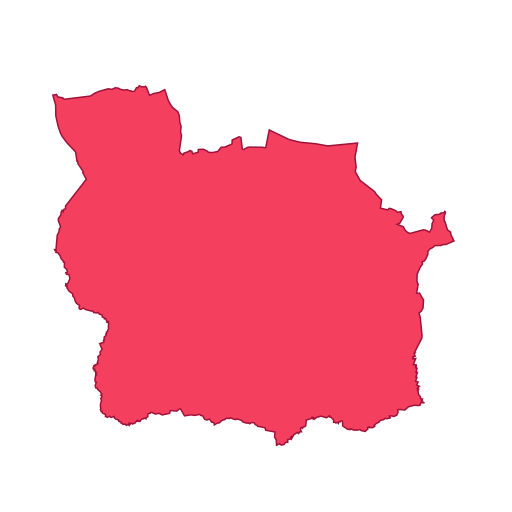 outline of Phon, Khon Kaen, Thailand, rotated 81°
{"feature_id": "78962969B25961051879193", "entity_name": "Phon", "entity_type": "district", "adm_level": 2, "iso_a3": "THA", "parent_name": "Thailand", "parent_adm1": "Khon Kaen", "projection": "robinson", "projection_center": [102.624, 15.82], "detail": "fine", "context": "isolated", "style": "filled", "palette": "rose", "viewbox_px": 512, "rotation_deg": 81, "n_neighbors": 0, "source": "geoboundaries", "source_scale": "gbopen_adm2", "svg_char_len": 6096}
<svg xmlns="http://www.w3.org/2000/svg" viewBox="0 0 512 512"><g transform="rotate(81 256 256)"><path d="M280.7,438.6L281.3,437.7L280.5,434.5L282.1,432.9L284.6,427.4L284.7,425.8L286.5,425.1L287.4,421.8L287.1,420.6L289.0,419.8L290.1,417.2L292.2,417.4L292.9,415.8L294.4,415.6L294.2,414.2L297.6,413.6L297.3,412.8L297.8,412.2L298.3,413.2L298.7,412.4L300.0,412.1L303.2,413.0L304.1,412.7L307.6,414.8L307.7,415.6L309.4,415.8L309.6,416.6L311.2,416.5L312.0,418.4L313.8,419.0L314.4,418.6L315.5,419.9L316.5,419.5L317.5,420.0L318.0,424.1L324.0,422.6L326.5,425.1L329.0,425.1L330.8,428.0L333.2,427.8L336.8,429.5L337.5,428.9L338.4,431.2L338.2,431.8L339.3,432.3L338.9,433.2L341.4,434.5L342.3,434.2L342.4,433.3L343.7,433.6L343.4,432.9L345.6,432.7L346.1,431.8L346.8,432.6L347.7,432.8L348.4,432.2L348.6,433.0L352.7,434.4L355.1,434.5L355.7,433.4L358.7,435.1L361.1,435.0L361.7,433.5L363.0,433.3L366.3,430.6L367.7,430.5L368.1,429.9L368.6,430.5L369.3,430.2L369.5,430.9L370.4,430.2L371.6,430.6L372.4,431.6L374.8,431.3L378.0,432.8L381.1,433.3L381.9,432.9L383.3,433.7L385.5,433.2L385.2,432.4L387.2,432.2L389.0,429.4L391.0,429.8L391.1,429.0L392.1,428.2L391.4,425.8L392.8,424.4L392.3,421.1L393.9,421.1L395.5,419.6L396.3,417.4L397.9,417.4L398.9,415.2L400.2,415.3L400.6,414.2L401.5,413.7L401.6,411.5L403.0,410.6L402.4,409.1L403.4,407.8L401.3,407.6L401.5,406.8L402.4,406.5L401.6,405.5L402.7,404.1L402.1,403.2L402.4,402.1L399.6,399.0L399.9,398.4L400.8,398.7L401.2,396.3L400.4,396.0L399.1,394.1L399.2,392.8L398.6,391.9L399.6,390.2L398.5,389.9L397.8,388.0L394.9,387.5L394.7,385.0L394.1,384.6L394.2,383.5L396.4,380.1L396.2,376.5L398.3,373.6L397.9,366.0L395.2,364.8L396.8,358.5L395.1,355.7L395.2,354.5L402.7,351.6L402.7,345.0L403.8,341.8L403.7,336.2L404.7,335.7L405.6,333.6L409.2,332.3L410.3,330.2L409.8,327.5L413.3,325.7L413.8,323.7L416.3,323.6L415.0,320.3L415.1,318.4L413.1,315.4L412.6,312.1L411.6,310.9L412.3,307.6L411.9,306.4L414.0,302.9L414.4,301.4L413.9,300.6L414.7,298.6L416.2,295.9L417.7,295.1L419.5,291.8L419.8,289.6L420.7,288.5L419.8,286.5L420.6,283.6L422.4,283.2L423.3,281.5L424.4,281.1L427.0,274.0L429.6,273.7L432.8,264.8L437.9,266.0L440.7,264.8L446.1,265.3L445.1,262.2L446.7,260.7L446.6,257.8L445.4,256.9L444.7,255.2L444.9,253.8L442.3,253.4L442.1,250.7L442.7,249.9L441.0,248.7L440.5,250.0L439.7,249.1L439.7,247.4L438.6,246.8L436.7,242.7L438.0,241.7L436.6,240.4L436.7,238.6L434.6,239.2L433.1,238.9L432.5,237.7L433.4,237.0L432.2,236.0L432.3,235.0L431.6,233.5L426.0,232.0L425.1,226.6L424.1,226.0L424.6,224.5L425.8,225.2L426.4,224.2L424.6,220.8L424.8,219.0L424.3,218.2L424.6,216.2L426.8,211.7L425.3,208.4L426.7,208.3L427.1,206.9L430.6,204.8L432.4,205.4L432.5,204.3L433.4,203.3L433.1,201.4L434.2,201.0L433.0,200.3L432.9,198.6L432.0,197.8L432.7,196.4L437.4,197.0L441.5,192.6L442.2,190.2L441.3,189.8L443.4,186.4L443.1,185.7L443.7,184.4L443.8,180.5L444.8,179.6L446.4,175.6L444.3,172.5L442.9,172.6L442.5,170.9L443.2,170.7L443.8,167.9L443.2,166.1L442.7,165.3L441.8,165.7L440.1,163.1L439.6,161.0L437.8,158.8L437.6,155.5L436.6,154.2L437.2,152.2L436.9,148.7L434.9,149.3L435.2,146.7L436.1,145.1L435.3,141.9L432.7,140.2L430.3,140.1L430.1,138.0L431.4,133.0L428.7,128.9L428.2,122.7L429.2,118.5L429.1,117.4L426.5,116.0L427.5,112.6L425.9,114.7L425.2,114.3L424.8,115.1L423.3,114.0L422.7,115.9L421.2,115.5L418.1,117.1L414.3,117.0L414.0,117.5L412.9,116.1L411.9,117.4L410.3,115.0L408.6,117.6L405.8,115.6L404.6,118.0L401.0,116.0L400.5,117.0L396.2,114.8L396.0,116.2L392.3,114.6L391.7,115.5L391.0,114.9L390.4,115.8L389.3,114.8L388.5,114.9L387.9,117.6L382.3,114.3L382.1,117.2L380.7,116.3L380.2,116.8L379.9,114.5L377.0,115.0L376.6,114.0L376.2,114.6L363.1,105.1L360.8,104.5L342.6,103.4L337.7,103.9L336.6,101.7L333.6,99.2L325.7,97.4L318.3,100.3L317.9,103.2L309.1,100.2L308.6,100.8L305.7,100.9L299.2,99.7L292.7,95.5L289.9,92.7L287.7,92.8L287.3,90.6L285.8,89.0L281.2,86.0L278.4,85.5L276.2,83.1L275.4,80.4L273.7,77.6L274.6,71.6L274.0,69.9L274.3,66.5L272.1,58.1L265.8,60.1L262.8,60.1L260.1,62.8L251.5,64.0L250.8,64.6L246.6,64.1L242.6,62.0L241.5,62.5L242.5,63.4L242.6,67.0L243.5,68.1L243.3,72.9L245.3,76.2L245.8,76.7L248.3,74.8L251.5,77.0L256.1,78.1L259.6,80.9L257.2,84.0L256.3,86.7L257.8,100.2L256.5,102.6L254.0,104.6L250.2,105.9L246.8,111.7L246.1,108.9L240.8,104.5L239.1,104.6L237.5,105.8L234.9,105.9L235.0,109.4L233.0,111.0L230.3,115.3L229.8,117.1L231.1,118.6L228.2,125.6L220.2,123.2L214.0,127.5L211.1,128.7L197.7,141.3L188.0,144.8L184.0,143.2L173.9,142.8L160.3,138.0L158.5,167.9L154.4,179.7L150.6,194.5L146.3,204.8L133.6,223.2L150.6,229.5L149.5,233.1L147.4,245.5L147.4,247.6L148.9,251.2L148.3,252.8L136.5,252.4L135.6,254.1L137.7,261.4L141.6,262.1L143.6,270.1L143.1,273.4L146.8,277.4L147.0,282.8L146.1,286.9L144.9,287.6L142.5,291.0L141.8,295.3L141.8,296.3L144.5,296.9L145.1,302.6L142.4,303.0L141.8,304.8L140.9,304.7L141.7,305.1L142.5,307.1L143.1,311.0L144.7,312.2L142.7,314.4L139.9,315.2L125.4,310.7L121.8,311.1L116.3,309.7L112.3,310.3L105.3,309.8L101.2,310.7L96.2,315.2L92.6,316.9L88.5,318.3L77.4,320.1L79.4,326.2L79.5,331.2L80.6,336.0L72.1,337.9L71.1,338.7L71.5,339.5L71.0,342.4L69.6,344.6L71.4,346.5L71.0,347.7L74.3,350.2L74.1,352.9L73.1,353.8L73.1,355.0L71.5,357.3L71.5,360.5L70.0,364.1L68.7,365.7L67.8,368.7L68.9,372.2L67.7,375.8L68.8,385.2L70.1,390.1L72.1,394.5L71.2,420.9L69.6,422.1L67.8,426.9L65.3,427.8L65.3,429.9L65.3,431.5L75.7,430.3L86.1,431.8L96.5,431.2L104.0,429.9L107.4,428.8L114.8,424.9L125.0,417.9L134.3,418.0L134.3,417.4L137.0,417.4L146.0,413.3L146.6,414.1L153.7,411.6L176.8,436.3L179.5,436.7L179.9,438.5L180.9,439.0L180.8,439.5L181.9,439.6L180.7,440.5L182.5,441.7L184.8,442.2L188.0,445.3L190.1,445.7L196.8,444.4L198.4,446.0L201.2,446.8L204.4,449.1L217.8,452.4L218.5,452.9L218.2,453.9L219.3,453.6L219.5,452.5L221.1,453.1L221.9,451.2L225.0,449.5L228.2,448.9L230.9,447.1L232.0,447.1L232.3,446.1L237.1,447.1L239.4,445.1L241.8,444.7L242.5,445.0L242.8,446.5L244.5,446.0L244.9,443.7L249.0,443.3L253.5,446.0L254.2,447.4L253.7,448.2L255.8,448.7L256.2,447.1L257.8,447.8L261.7,446.0L264.7,442.9L267.0,443.2L268.6,442.0L272.5,441.6L274.8,440.6L277.2,438.0L279.4,438.9L280.7,438.6Z" fill="#f43f5e" stroke="#9f1239" stroke-width="1.5"/></g></svg>